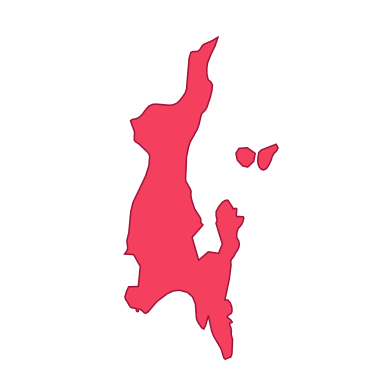 map outline of Leyte (Equal Earth projection), rotated 192°
{"feature_id": "PHL-2583", "entity_name": "Leyte", "entity_type": "Province", "adm_level": 1, "iso_a3": "PHL", "parent_name": "Philippines", "parent_adm1": "", "projection": "equal_earth", "projection_center": [124.655, 10.871], "detail": "fine", "context": "isolated", "style": "filled", "palette": "rose", "viewbox_px": 384, "rotation_deg": 192, "n_neighbors": 0, "source": "natural_earth", "source_scale": "10m", "svg_char_len": 2597}
<svg xmlns="http://www.w3.org/2000/svg" viewBox="0 0 384 384"><g transform="rotate(192 192 192)"><path d="M162.0,166.3L161.6,169.7L163.5,173.9L164.3,178.1L162.7,183.4L160.3,188.0L158.3,190.3L156.1,191.4L154.8,191.2L148.6,184.8L148.4,184.1L145.6,185.2L144.6,184.6L143.8,178.2L142.9,177.3L140.8,177.9L138.8,178.0L137.0,178.5L135.9,177.6L136.1,173.0L136.9,170.1L139.2,165.9L139.7,162.3L139.2,157.9L138.0,155.9L136.4,154.2L134.9,151.2L134.7,147.4L135.6,144.1L136.8,141.3L137.7,137.7L139.3,134.6L139.7,133.1L139.5,131.4L138.6,128.7L137.4,114.3L137.4,93.3L134.5,93.8L131.4,91.4L129.0,87.4L128.0,83.1L128.6,81.2L131.0,78.9L131.6,76.8L128.9,75.7L126.9,74.5L125.6,72.9L127.9,71.3L127.3,69.4L125.6,67.1L124.6,64.3L124.1,61.0L121.6,55.8L119.3,42.1L119.8,38.5L120.6,38.2L124.1,35.8L124.6,35.2L126.5,36.6L130.9,44.6L140.9,55.6L144.0,60.4L150.3,74.5L150.9,64.8L151.9,60.4L154.2,61.1L159.3,66.1L161.3,69.0L165.4,83.2L169.6,89.5L175.7,92.9L183.8,93.3L189.8,91.3L195.1,87.4L203.5,77.6L210.1,65.5L212.3,63.6L213.8,64.0L217.2,66.1L219.3,66.5L219.9,66.1L219.8,64.0L220.4,63.6L221.5,64.0L222.1,65.1L222.2,66.1L222.2,66.5L226.5,66.2L228.0,66.5L229.6,67.9L233.3,72.0L234.5,72.9L235.8,75.4L235.4,80.7L234.3,86.1L224.9,88.4L227.1,108.4L236.0,118.6L245.1,117.3L243.5,120.9L243.2,122.3L243.5,124.9L245.2,129.4L245.6,131.5L245.3,138.8L247.8,160.0L247.5,169.7L240.7,198.0L239.6,208.8L240.9,218.6L243.1,221.3L253.4,227.7L257.6,229.4L259.0,230.4L259.6,232.2L260.7,238.9L267.0,248.9L265.4,250.6L261.7,252.1L259.0,254.3L256.9,257.3L255.0,261.6L252.2,266.9L248.9,269.5L244.9,270.6L232.5,272.1L228.8,273.2L225.5,275.5L223.3,278.5L221.0,283.0L219.2,287.7L218.8,291.7L222.6,322.2L222.2,328.1L220.6,329.5L216.8,330.4L215.1,331.2L213.8,333.2L212.3,337.5L210.8,339.2L203.6,344.3L198.8,348.8L198.8,348.7L199.8,339.7L202.1,330.5L203.6,321.9L203.3,316.7L202.0,310.5L199.6,305.3L196.0,303.2L194.2,300.7L193.6,295.0L193.8,288.8L195.0,278.2L195.4,276.5L196.3,274.5L198.6,270.9L199.0,269.4L199.2,259.1L199.9,254.5L204.2,240.4L204.7,236.0L204.7,225.5L201.0,203.3L200.1,201.1L194.0,194.1L193.1,192.6L192.4,188.4L190.6,184.1L186.2,176.3L179.1,169.1L177.9,167.6L176.9,163.8L174.4,162.0L182.5,147.7L171.3,126.7L163.6,136.9L153.3,137.5L151.5,147.4L162.0,166.3ZM133.2,233.1L134.1,235.7L134.6,238.6L134.9,244.5L132.9,247.5L119.7,256.2L117.0,253.1L117.7,250.1L119.8,246.8L121.0,242.9L121.2,239.7L122.0,236.1L123.0,232.8L124.3,230.2L126.6,228.4L129.0,228.6L131.4,230.4L133.2,233.1ZM147.8,228.0L154.3,232.6L157.1,238.9L155.1,244.4L147.2,246.8L138.2,242.9L138.0,234.8L142.6,228.0L147.8,228.0Z" fill="#f43f5e" stroke="#9f1239" stroke-width="1.5"/></g></svg>